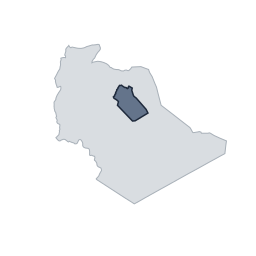 location of Barh El Gazel within Chad, rotated 123°
{"feature_id": "TCD-5581", "entity_name": "Barh El Gazel", "entity_type": "Prefecture", "adm_level": 1, "iso_a3": "TCD", "parent_name": "Chad", "parent_adm1": "", "projection": "mercator", "projection_center": [16.439, 14.695], "detail": "fine", "context": "in_parent", "style": "filled", "palette": "slate", "viewbox_px": 256, "rotation_deg": 123, "n_neighbors": 0, "source": "natural_earth", "source_scale": "10m", "svg_char_len": 4444}
<svg xmlns="http://www.w3.org/2000/svg" viewBox="0 0 256 256"><g transform="rotate(123 128 128)"><path d="M188.2,81.4L188.2,86.8L188.3,92.2L188.3,97.6L188.3,103.0L188.3,108.3L188.3,113.6L188.3,119.0L188.3,124.3L188.3,126.0L188.1,126.7L188.1,126.8L187.9,127.0L185.1,126.5L183.9,126.4L182.3,126.8L179.8,127.0L178.2,127.0L177.1,127.9L176.3,129.0L176.7,131.6L176.6,132.5L176.3,133.4L175.5,134.2L174.8,134.8L174.3,135.3L173.8,136.5L173.4,137.1L173.4,137.8L173.3,138.6L172.8,139.0L171.7,139.3L170.9,139.6L170.3,140.2L169.9,140.6L170.2,141.2L170.4,141.9L170.6,143.1L170.7,143.8L171.3,144.3L171.6,144.7L171.7,145.2L171.4,145.6L170.0,146.5L169.5,146.8L168.8,147.2L168.6,147.4L167.6,148.2L167.0,148.9L166.8,149.5L166.8,150.3L167.3,151.5L167.9,152.6L168.1,153.3L168.2,154.2L168.2,155.0L167.9,155.7L167.4,156.4L165.5,157.6L164.5,158.9L163.8,160.5L163.6,161.4L163.8,161.9L164.2,162.4L164.8,162.7L165.6,162.7L167.0,162.5L168.3,162.3L169.6,162.9L170.3,164.2L170.0,165.2L170.6,167.0L171.0,169.1L171.0,169.8L171.2,170.1L172.0,170.2L172.2,170.7L171.9,174.5L172.3,175.5L172.9,176.3L173.6,176.7L174.2,177.2L174.5,177.5L175.3,177.6L176.1,178.3L176.4,179.2L176.3,180.1L175.8,182.0L175.4,183.2L174.9,183.1L173.9,182.8L172.7,182.6L171.2,182.3L169.8,182.9L168.3,183.5L167.8,184.0L167.4,184.3L166.7,184.3L166.1,184.4L165.7,184.8L165.2,185.4L163.0,186.5L162.5,186.8L162.2,187.2L162.2,187.7L162.4,188.6L162.4,189.7L162.0,190.6L161.4,191.2L160.7,191.4L160.2,191.5L159.8,191.9L158.7,193.9L158.2,194.3L157.2,194.2L154.2,197.3L154.0,198.2L152.9,199.4L151.5,200.8L150.3,201.5L150.2,201.8L149.9,202.0L149.2,202.3L146.6,204.1L143.5,204.0L142.2,204.7L140.8,205.0L138.9,205.3L138.3,205.3L135.8,205.4L132.9,205.3L131.8,205.6L130.8,206.2L130.0,206.8L129.9,207.0L130.0,207.2L129.9,207.4L132.0,208.8L132.5,209.5L132.0,210.2L131.7,210.3L131.4,210.8L130.2,212.4L128.4,214.3L127.4,214.8L127.1,215.2L126.6,216.4L126.3,216.6L125.0,216.7L122.5,216.9L119.1,217.3L117.1,217.4L115.8,217.3L114.0,218.1L113.4,218.4L113.0,218.4L111.2,219.3L109.7,220.5L109.2,220.8L107.1,221.3L106.3,222.2L105.9,222.3L104.6,221.1L103.7,220.1L103.2,219.0L103.2,218.7L102.9,218.7L102.2,219.2L101.5,219.7L101.3,220.8L99.1,221.5L97.3,222.0L96.4,222.8L95.1,223.2L93.5,223.0L92.2,222.7L91.0,222.6L91.6,221.7L91.8,221.0L91.9,220.1L91.8,219.6L91.0,219.3L90.5,218.8L89.5,216.1L88.4,213.4L86.8,210.7L85.1,208.9L83.9,207.9L83.5,207.7L82.9,207.4L82.4,207.1L80.2,205.2L77.8,203.2L77.2,202.2L76.1,200.8L74.8,199.4L74.1,198.7L73.8,197.5L74.7,196.4L75.6,195.1L76.8,194.2L78.4,194.1L80.9,194.5L83.6,194.6L86.3,194.3L87.0,194.1L87.7,194.1L89.1,194.5L91.7,194.4L93.0,193.8L91.6,192.9L90.1,191.4L88.6,189.8L87.8,188.3L87.0,186.4L86.3,184.0L85.8,181.0L85.9,179.2L86.1,178.0L86.9,176.0L86.4,174.8L86.5,173.8L86.4,172.4L86.2,171.7L85.2,169.3L85.0,169.1L84.1,167.5L83.7,164.7L82.7,162.9L81.2,162.1L80.3,161.0L79.9,159.1L79.3,158.6L76.8,158.0L74.8,158.0L73.3,155.9L71.3,153.1L69.5,150.6L68.4,145.5L67.7,142.6L68.5,141.7L69.9,139.7L71.8,135.7L76.1,129.6L78.2,126.4L82.6,121.7L87.9,115.9L90.9,112.6L91.4,106.6L91.9,100.2L92.3,95.4L92.8,89.7L93.2,84.9L93.5,81.4L93.9,76.5L94.2,75.5L96.3,71.6L96.5,71.1L96.1,70.4L93.1,67.1L92.2,66.3L91.7,64.6L92.4,63.6L88.8,58.0L87.9,57.3L87.6,56.6L87.5,55.6L87.4,51.7L86.5,45.6L85.2,38.4L89.5,36.4L92.7,34.8L96.7,32.8L100.5,34.9L106.0,37.8L111.5,40.8L117.0,43.7L122.5,46.6L127.9,49.5L133.4,52.5L138.9,55.4L144.4,58.3L149.9,61.2L155.4,64.1L160.8,67.0L166.3,69.9L171.8,72.8L177.3,75.7L182.8,78.5L188.2,81.4Z" fill="#d9dde1" stroke="#a8b0b8" stroke-width="1"/><path d="M95.6,156.7L95.7,156.2L95.8,155.9L95.8,152.8L95.7,152.6L95.4,152.2L95.2,151.9L95.2,151.7L95.1,151.3L95.1,151.2L95.3,150.8L95.4,150.6L95.3,150.3L95.3,150.1L95.2,150.0L95.2,149.9L94.9,149.8L94.6,149.7L94.4,149.6L94.2,149.6L93.8,150.0L93.7,150.0L92.4,150.0L92.2,146.2L94.3,145.4L97.5,141.5L98.2,140.3L98.4,137.5L99.9,132.2L102.5,123.0L104.6,119.4L118.0,125.9L118.2,126.0L118.8,126.9L119.7,128.0L114.7,149.2L111.2,150.3L111.0,150.5L110.6,152.9L110.6,153.0L110.7,155.7L110.7,155.9L110.6,156.1L109.9,157.2L109.0,156.9L108.4,156.7L108.3,156.8L108.1,156.9L108.1,157.0L107.3,157.1L107.2,157.1L106.9,157.2L106.6,157.2L106.4,157.0L106.2,157.0L105.9,157.2L105.7,157.2L105.7,157.3L105.4,157.5L105.2,157.6L102.5,157.9L102.4,158.0L102.2,158.2L102.0,158.3L101.9,158.3L101.8,158.2L101.6,158.2L101.2,158.1L100.6,158.0L100.4,158.0L100.0,158.2L99.9,158.3L99.7,158.3L96.9,158.3L96.6,157.6L95.6,156.7Z" fill="#64748b" stroke="#1e293b" stroke-width="1.5"/></g></svg>